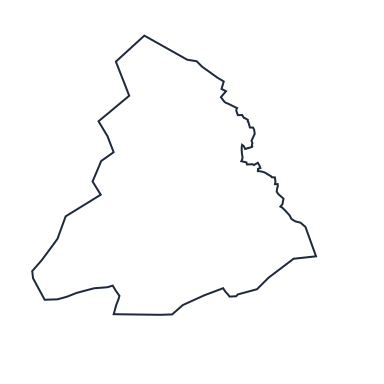 outline of Ilesha West, Osun, Nigeria, rotated 284°
{"feature_id": "59680162B98234428566305", "entity_name": "Ilesha West", "entity_type": "district", "adm_level": 2, "iso_a3": "NGA", "parent_name": "Nigeria", "parent_adm1": "Osun", "projection": "equal_earth", "projection_center": [4.729, 7.638], "detail": "fine", "context": "isolated", "style": "outline", "palette": "slate", "viewbox_px": 384, "rotation_deg": 284, "n_neighbors": 0, "source": "geoboundaries", "source_scale": "gbopen_adm2", "svg_char_len": 1817}
<svg xmlns="http://www.w3.org/2000/svg" viewBox="0 0 384 384"><g transform="rotate(284 192 192)"><path d="M69.9,58.6L51.8,75.1L55.3,87.4L60.2,96.1L66.0,104.2L68.8,109.2L74.9,120.3L78.0,129.6L79.3,133.3L82.0,137.7L78.6,141.1L77.8,141.9L73.7,146.7L70.0,146.6L64.1,145.8L54.5,145.6L65.2,191.1L68.4,202.3L78.6,209.4L80.2,210.6L84.5,216.0L95.0,229.3L106.2,245.5L104.8,246.9L103.5,248.4L102.4,249.9L101.5,251.4L99.6,253.8L101.5,260.0L103.8,261.4L113.4,278.6L127.5,287.1L151.8,306.7L159.6,327.9L185.6,310.5L188.5,304.6L188.5,299.6L189.3,296.6L190.1,294.8L192.9,292.4L196.5,287.0L198.7,283.3L199.2,281.3L202.0,282.7L207.7,282.4L210.7,276.5L212.8,274.1L215.2,273.8L218.6,273.8L220.4,273.2L219.7,270.6L222.1,270.5L226.2,268.9L225.6,265.8L226.3,265.2L226.9,263.0L228.5,258.1L228.6,256.8L228.7,255.1L228.6,253.3L228.2,250.9L230.5,250.5L231.8,252.5L233.9,251.1L236.3,248.8L233.1,245.5L233.6,244.0L232.0,238.7L233.9,237.6L233.8,232.4L236.4,232.8L237.5,232.8L238.1,232.4L238.6,232.4L239.5,232.0L240.9,231.3L241.9,231.0L244.2,230.2L245.9,229.8L247.9,229.3L249.9,229.2L249.1,231.0L247.8,232.3L246.6,233.1L247.1,234.3L247.8,234.9L248.2,236.0L248.8,236.9L249.2,237.6L249.7,238.2L250.0,239.1L250.7,239.5L251.4,239.1L252.5,238.7L254.1,238.8L256.0,237.4L260.7,238.2L263.5,238.8L267.4,237.3L269.3,235.6L268.6,232.6L271.2,231.1L273.8,229.6L273.9,229.1L275.4,228.8L276.1,226.8L276.5,225.2L276.5,224.3L277.6,223.2L278.8,222.2L277.7,217.9L281.5,215.3L283.7,215.1L284.3,215.4L286.4,205.8L286.7,203.4L287.3,201.7L291.0,197.1L298.0,200.6L299.2,195.7L306.9,196.1L309.2,188.7L316.0,171.5L320.0,164.9L319.2,155.3L332.2,107.9L300.1,86.6L270.2,107.8L238.0,84.2L225.7,96.5L212.0,106.1L211.6,106.3L200.1,96.4L178.1,93.0L167.3,104.1L137.8,75.3L114.0,72.8L103.7,68.6L89.5,62.7L76.6,56.1L69.9,58.6Z" fill="none" stroke="#1e293b" stroke-width="2"/></g></svg>